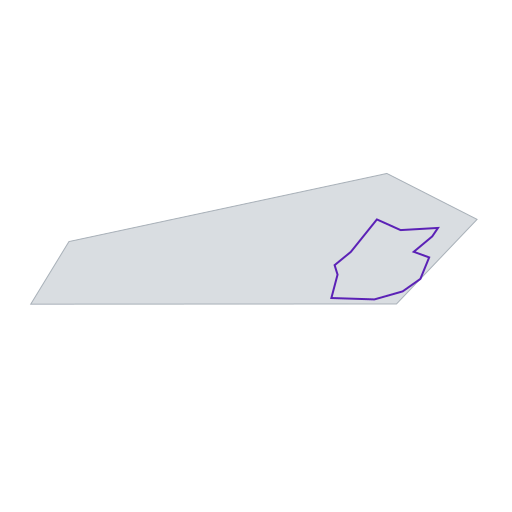 Sandy Hill highlighted on a map of Anguilla, rotated 20°
{"feature_id": "AIA-5121", "entity_name": "Sandy Hill", "entity_type": "District", "adm_level": 1, "iso_a3": "AIA", "parent_name": "Anguilla", "parent_adm1": "", "projection": "robinson", "projection_center": [-63.011, 18.236], "detail": "fine", "context": "in_parent", "style": "outline", "palette": "violet", "viewbox_px": 512, "rotation_deg": 20, "n_neighbors": 0, "source": "natural_earth", "source_scale": "10m", "svg_char_len": 465}
<svg xmlns="http://www.w3.org/2000/svg" viewBox="0 0 512 512"><g transform="rotate(20 256 256)"><path d="M404.4,253.0L60.8,378.3L75.3,306.4L350.7,133.7L451.2,146.0L404.4,253.0Z" fill="#d9dde1" stroke="#a8b0b8" stroke-width="1"/><path d="M418.3,221.3L405.9,239.1L382.1,256.3L341.2,269.7L339.0,245.6L333.0,237.7L343.7,219.7L357.1,180.3L383.0,182.2L417.4,167.4L414.9,177.3L402.8,198.1L419.2,198.1L418.3,221.3Z" fill="none" stroke="#5b21b6" stroke-width="2"/></g></svg>